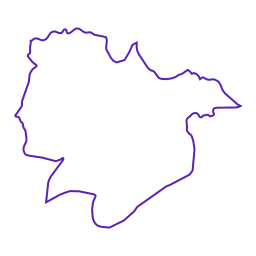 the Province of Preah Vihéar
{"feature_id": "KHM-1791", "entity_name": "Preah Vihéar", "entity_type": "Province", "adm_level": 1, "iso_a3": "KHM", "parent_name": "Cambodia", "parent_adm1": "", "projection": "mercator", "projection_center": [105.055, 13.778], "detail": "fine", "context": "isolated", "style": "outline", "palette": "violet", "viewbox_px": 256, "rotation_deg": 0, "n_neighbors": 0, "source": "natural_earth", "source_scale": "10m", "svg_char_len": 3056}
<svg xmlns="http://www.w3.org/2000/svg" viewBox="0 0 256 256"><path d="M76.5,28.4L78.9,28.7L80.9,29.9L82.8,31.4L85.2,32.6L86.2,32.7L89.0,32.3L90.3,32.3L91.5,32.8L93.8,34.4L95.0,35.0L97.5,35.4L103.3,36.5L106.0,37.3L106.7,39.2L106.8,41.2L106.1,48.0L106.3,49.3L111.0,58.0L113.5,60.9L116.7,62.4L124.6,60.0L129.1,52.4L132.5,44.9L136.7,42.6L136.7,47.4L137.3,50.9L138.7,54.0L147.4,67.2L150.0,69.9L151.0,70.4L153.2,71.1L154.2,71.7L158.0,77.0L159.2,78.1L160.6,78.7L163.0,79.0L167.2,79.1L171.5,78.4L175.6,77.0L179.0,74.7L181.5,74.1L183.6,72.8L187.7,69.9L188.9,70.7L190.0,71.6L191.0,72.7L191.8,73.9L194.0,73.0L196.7,74.2L198.9,76.5L200.0,79.2L202.3,77.5L203.8,77.6L205.2,78.6L207.6,79.6L209.7,79.8L212.8,79.3L214.4,79.4L218.5,81.6L220.7,85.3L222.3,89.5L224.8,93.2L237.3,104.2L240.6,106.0L239.7,106.5L238.2,107.0L235.4,107.5L218.2,107.7L215.8,107.9L214.7,108.2L214.2,108.4L213.7,108.8L213.3,109.6L213.1,111.1L213.2,111.9L213.4,112.5L213.6,112.9L214.0,113.9L213.9,114.5L213.5,115.1L212.5,115.7L211.1,116.2L210.6,116.3L210.1,116.3L209.6,116.1L209.3,115.8L208.6,115.1L208.2,114.9L207.6,114.8L207.1,114.8L206.1,115.1L204.3,115.3L203.7,115.4L203.1,115.7L201.9,116.9L201.5,117.2L201.0,117.4L200.5,117.3L200.0,117.1L199.7,116.8L199.4,116.4L198.1,114.3L197.8,114.0L197.4,113.7L197.0,113.4L196.4,113.2L195.9,113.1L195.3,113.0L194.1,113.2L193.7,113.3L193.2,113.5L192.8,113.7L191.8,114.4L189.9,116.4L189.5,116.7L188.7,117.2L187.7,118.1L187.2,118.8L186.8,119.4L186.6,119.9L186.5,120.9L187.1,127.4L186.8,129.1L186.8,129.7L187.0,130.5L187.5,131.4L188.6,132.9L189.2,133.7L189.8,134.1L190.3,134.4L190.7,134.7L191.2,135.4L191.8,136.4L193.3,141.1L194.5,149.3L192.6,170.5L189.6,174.6L169.8,185.0L166.4,186.3L137.5,206.7L136.9,207.3L134.9,210.4L133.8,211.7L123.8,220.5L109.4,227.6L100.8,226.7L97.6,225.6L95.8,224.1L95.2,223.3L94.4,222.2L93.1,219.2L92.6,216.2L92.1,210.3L92.8,203.5L93.6,200.6L95.1,197.6L95.5,196.5L95.4,195.3L94.4,194.6L93.0,194.1L79.0,191.3L70.0,191.1L65.2,192.6L60.1,194.6L46.1,202.3L48.2,182.7L49.1,179.8L50.8,176.6L63.1,159.9L63.4,159.0L63.3,158.4L63.1,158.1L62.0,158.3L60.6,159.4L60.0,159.7L56.4,161.0L54.7,160.9L42.1,157.6L29.2,155.7L26.6,155.0L26.0,154.8L25.4,154.3L24.8,153.5L24.3,152.4L23.9,151.5L23.6,150.4L23.5,149.2L23.6,147.8L24.3,145.6L25.8,142.4L26.3,140.9L26.5,139.1L25.6,131.7L25.2,130.4L24.6,129.2L24.0,128.4L23.5,127.4L23.2,126.1L22.6,123.1L22.0,122.5L21.4,122.1L20.9,121.8L20.6,121.3L19.6,118.6L19.1,117.6L18.4,117.1L17.6,116.8L15.9,116.6L15.4,116.1L15.4,115.3L20.8,107.7L21.5,106.5L21.9,105.3L22.0,103.3L21.9,102.3L22.3,100.5L28.9,81.7L29.6,74.6L30.8,72.0L32.3,69.7L33.1,68.8L35.7,66.9L36.3,66.3L36.6,65.7L36.4,65.3L35.7,64.6L32.7,62.3L28.2,56.8L27.9,56.2L27.8,55.4L28.3,54.5L28.9,54.0L29.6,53.6L30.0,52.8L30.1,51.6L30.1,46.7L30.7,43.6L30.7,40.9L31.2,40.9L32.0,40.4L33.0,39.6L34.2,38.8L35.7,38.3L38.4,38.9L40.7,39.9L43.1,40.4L46.0,39.2L47.6,37.4L49.0,35.1L50.6,32.9L52.9,31.6L55.3,31.5L58.9,33.1L61.4,33.0L62.3,32.2L63.8,29.8L65.0,29.3L66.2,29.9L66.9,32.6L67.9,33.4L70.1,32.9L74.5,29.4L76.5,28.4Z" fill="none" stroke="#5b21b6" stroke-width="2"/></svg>